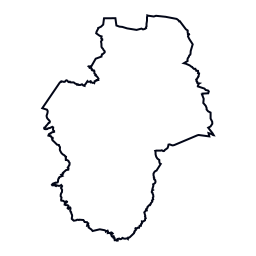 Cotija, Michoacán, Mexico (Albers equal-area conic projection)
{"feature_id": "50627088B95001723612139", "entity_name": "Cotija", "entity_type": "district", "adm_level": 2, "iso_a3": "MEX", "parent_name": "Mexico", "parent_adm1": "Michoacán", "projection": "albers", "projection_center": [-102.699, 19.751], "detail": "fine", "context": "isolated", "style": "outline", "palette": "ink", "viewbox_px": 256, "rotation_deg": 0, "n_neighbors": 0, "source": "geoboundaries", "source_scale": "gbopen_adm2", "svg_char_len": 5709}
<svg xmlns="http://www.w3.org/2000/svg" viewBox="0 0 256 256"><path d="M114.7,240.2L116.0,240.1L116.5,240.6L117.7,240.6L117.8,240.2L117.3,239.2L117.7,238.9L119.3,238.6L120.0,239.1L120.8,239.1L121.6,238.8L122.4,237.9L124.0,238.6L125.2,238.7L127.1,238.3L127.9,239.0L128.2,237.6L129.2,237.6L129.8,237.2L134.0,233.2L134.1,232.2L134.7,231.8L134.7,231.0L135.8,230.0L135.4,228.4L135.8,228.1L136.8,228.5L137.7,227.7L139.0,227.8L139.6,225.8L140.9,225.8L141.1,224.0L141.9,223.5L141.9,221.4L143.0,221.6L145.0,220.3L145.2,218.5L145.7,218.2L145.0,216.5L145.3,216.0L144.3,212.3L145.3,211.3L145.7,210.5L146.8,210.4L146.8,209.9L146.2,209.1L147.5,207.7L147.5,206.9L149.6,204.8L150.1,205.0L150.8,203.8L150.7,203.4L150.9,203.1L152.3,201.6L152.0,200.4L153.2,199.4L152.8,198.1L152.9,197.4L153.4,196.8L153.1,194.4L152.5,193.6L152.5,192.7L151.8,192.2L151.8,191.4L152.2,190.5L152.8,190.1L152.4,189.9L152.3,189.3L152.6,189.0L152.6,188.3L153.4,185.8L153.1,184.3L153.8,184.0L155.0,183.0L155.3,182.6L155.5,181.5L155.2,180.1L154.2,179.4L154.1,179.0L154.3,178.1L153.8,177.7L153.9,176.8L153.5,175.3L153.5,173.6L154.6,171.7L155.5,171.0L156.5,170.6L160.7,164.0L160.2,163.8L159.7,163.1L159.3,161.8L159.3,160.0L157.4,158.6L156.2,156.7L155.6,154.5L155.5,151.6L155.2,150.9L156.3,150.6L160.7,150.6L161.8,150.3L163.2,151.1L164.2,150.9L164.7,150.1L167.5,148.1L168.1,146.6L168.5,144.6L169.7,144.4L171.8,145.2L172.8,145.4L174.4,145.0L197.4,135.3L198.7,135.0L209.3,136.4L208.5,133.1L211.8,134.2L213.1,135.1L213.7,135.2L212.5,133.2L208.2,127.7L210.5,126.5L212.3,123.8L212.2,121.7L210.6,118.6L210.6,112.9L211.2,112.9L208.1,111.3L206.6,109.5L206.6,108.0L205.7,105.8L203.3,103.0L203.7,98.8L202.0,94.5L202.5,94.5L202.5,93.6L208.2,93.3L208.8,91.4L208.0,90.5L205.7,90.0L205.3,89.6L204.5,88.6L197.8,86.4L197.8,86.1L198.5,84.3L198.8,83.7L199.3,83.4L197.4,83.1L197.1,82.2L196.7,81.5L197.0,81.3L196.5,80.7L196.2,79.5L197.0,79.0L197.2,78.3L198.1,77.3L198.1,76.7L198.6,76.3L198.6,75.5L199.1,73.8L199.1,73.4L198.0,73.1L198.2,72.3L198.0,70.9L196.4,70.8L196.4,70.3L195.4,69.5L195.3,68.8L193.8,68.8L192.3,67.3L192.2,67.0L191.4,66.7L189.7,65.4L185.8,63.7L183.9,63.2L187.6,61.0L187.5,59.2L187.9,58.1L188.8,56.9L189.2,55.6L190.3,54.6L190.5,53.8L190.7,51.0L192.7,44.3L189.4,39.2L188.0,36.4L188.4,35.3L188.2,35.0L189.1,34.4L189.0,34.1L187.9,34.0L187.8,32.8L187.5,31.9L187.8,31.0L187.6,30.4L185.9,29.3L179.8,21.2L179.2,21.4L178.3,20.1L176.6,18.9L165.6,16.8L156.0,15.8L153.8,16.5L148.3,15.7L147.3,15.4L147.3,16.5L147.0,17.0L147.0,20.7L146.5,23.8L146.5,26.5L145.9,27.3L146.1,28.1L144.9,28.9L143.0,29.4L141.5,28.6L136.6,29.9L127.2,28.4L122.3,26.9L119.4,26.6L116.4,25.5L115.4,18.2L104.0,18.3L103.2,24.6L101.0,26.7L98.1,28.1L98.2,28.6L96.6,31.6L96.2,33.3L99.7,35.8L101.6,36.4L101.2,38.2L101.4,38.8L102.2,39.1L102.3,39.9L101.5,40.7L101.0,41.7L101.4,43.4L101.5,46.9L102.0,47.8L102.8,48.6L103.7,50.2L104.7,51.3L104.7,52.3L104.4,52.7L102.7,54.1L101.9,54.4L101.9,55.0L101.3,56.3L101.4,56.6L95.7,58.7L91.4,66.2L90.3,66.2L89.6,66.6L88.8,66.3L88.6,66.4L89.6,67.4L89.7,67.9L91.2,67.9L92.1,69.4L91.7,69.7L92.0,70.2L92.8,70.3L92.7,70.4L93.2,70.7L94.3,71.0L94.4,71.3L94.4,73.4L95.8,74.7L95.4,75.4L97.0,76.5L98.5,78.7L98.2,79.4L98.3,80.0L96.6,80.0L96.6,80.6L94.7,81.2L94.7,81.8L94.3,82.9L94.1,82.7L92.7,82.9L91.3,82.2L90.9,82.3L90.8,81.3L90.5,81.2L90.1,81.7L88.7,81.8L88.1,81.6L87.5,81.8L87.3,81.4L85.3,84.4L84.7,84.8L84.6,85.9L83.3,85.5L82.0,84.3L80.5,84.9L78.8,85.0L77.9,84.3L77.1,84.8L76.6,84.3L76.7,84.1L75.1,83.5L73.7,82.4L70.7,82.4L69.9,81.7L69.2,82.2L68.7,82.1L67.8,81.4L67.4,80.7L66.5,80.3L65.8,80.6L64.9,81.7L64.0,81.9L61.3,81.3L61.0,81.5L61.0,82.0L59.9,82.4L42.3,108.2L47.0,109.7L47.7,111.1L47.5,113.0L46.6,115.7L46.7,116.8L47.3,118.4L49.6,120.9L49.9,121.8L49.4,122.8L48.6,122.9L47.6,124.3L45.8,126.3L45.7,127.0L44.3,127.6L44.1,128.1L44.5,129.0L45.9,129.2L47.3,129.0L48.2,128.3L50.1,127.9L52.3,126.8L53.2,127.4L53.0,129.6L53.3,130.4L54.1,131.0L54.1,131.5L53.6,131.3L53.2,132.1L52.0,132.3L51.1,132.9L50.6,133.6L49.4,134.1L49.4,133.9L48.9,134.2L48.4,135.6L50.4,136.2L50.6,136.1L51.1,136.4L51.5,137.4L52.5,137.7L52.2,138.6L52.6,138.9L52.2,139.4L52.5,140.3L54.0,141.6L57.1,144.7L58.9,145.0L59.0,145.8L59.6,146.4L60.0,147.3L59.8,149.6L60.1,150.6L61.4,153.0L62.8,154.4L64.1,155.1L65.2,156.1L65.3,156.6L66.0,156.8L65.7,159.0L66.1,159.2L66.2,159.7L66.1,160.0L66.9,160.0L68.4,160.8L68.5,161.3L69.6,162.9L69.5,164.8L69.2,165.4L68.9,165.5L68.5,166.6L67.7,167.5L67.9,167.9L68.5,168.3L68.3,169.7L66.2,170.0L62.9,172.9L63.2,173.7L63.0,173.9L61.3,174.7L62.5,175.9L59.6,177.0L59.4,177.4L59.1,177.5L58.8,178.0L58.9,178.4L58.2,179.2L58.0,181.5L57.6,182.4L56.3,182.7L55.6,182.6L52.8,183.7L51.9,184.8L52.3,185.3L53.4,185.3L54.4,184.8L55.6,184.8L55.9,185.3L55.6,185.9L56.1,186.1L56.9,185.4L58.9,185.9L60.5,185.6L61.2,185.0L62.1,186.1L61.6,187.2L61.0,187.9L62.1,189.9L61.9,192.2L61.2,193.2L60.7,194.8L60.7,196.4L61.5,197.4L61.1,199.9L61.3,200.6L63.1,200.8L64.8,202.0L66.3,201.3L67.0,201.7L66.8,202.3L64.8,203.6L64.6,204.6L65.8,205.1L67.7,205.2L68.4,205.8L68.5,206.4L67.6,208.1L68.3,208.8L69.4,207.6L70.2,207.5L70.5,208.2L70.2,210.6L70.5,211.7L71.1,212.1L71.3,213.4L72.1,215.1L72.1,216.6L71.8,218.0L71.8,218.9L72.2,219.3L72.7,219.5L72.8,219.9L73.8,220.7L76.1,220.3L77.2,219.7L78.9,220.0L79.2,219.7L83.3,220.0L83.6,220.3L84.6,222.0L87.0,222.2L87.1,222.6L88.3,223.4L88.2,224.0L87.3,224.7L87.1,225.7L88.3,225.5L88.7,226.0L88.6,227.5L91.4,229.5L92.6,231.0L99.8,229.3L104.5,230.2L105.8,230.8L105.9,231.6L107.6,230.7L108.0,231.6L107.8,233.1L109.3,232.9L109.9,233.2L110.7,232.6L111.4,232.5L111.8,233.2L112.2,233.0L112.7,233.5L111.2,234.7L111.7,236.1L111.9,236.4L113.6,236.2L113.8,236.7L113.2,237.4L113.4,237.8L114.5,238.0L114.7,238.3L114.5,239.3L114.7,240.2Z" fill="none" stroke="#020617" stroke-width="2"/></svg>